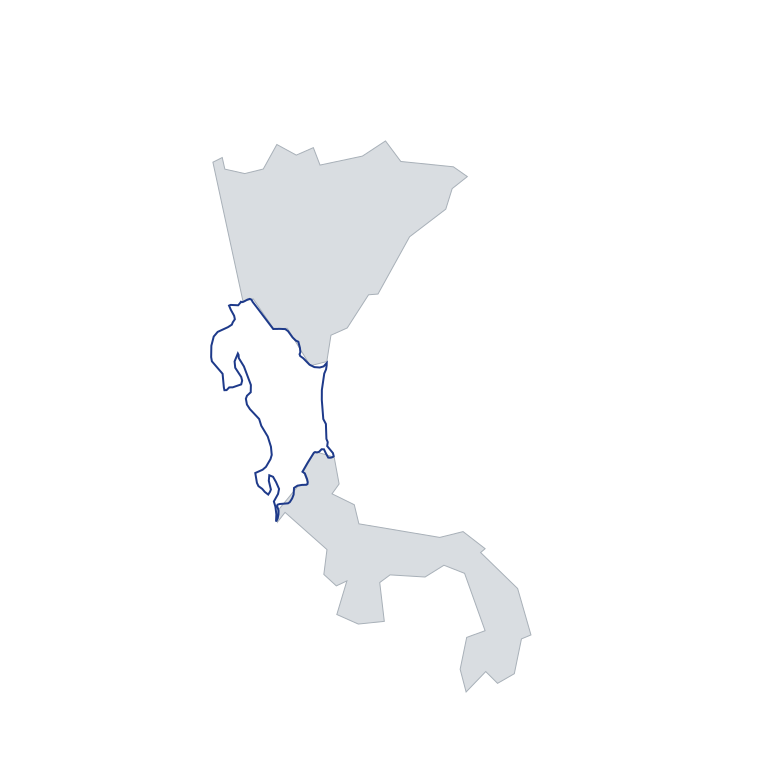 map of Costa Rica with Panama and Nicaragua greyed out, rotated 31°
{"feature_id": "CRI", "entity_name": "Costa Rica", "entity_type": "country or territory", "adm_level": 0, "iso_a3": "CRI", "parent_name": "North America", "parent_adm1": "", "projection": "robinson", "projection_center": [-84.032, 9.63], "detail": "fine", "context": "with_neighbors", "style": "outline", "palette": "blue", "viewbox_px": 768, "rotation_deg": 31, "n_neighbors": 2, "source": "natural_earth", "source_scale": "50m", "svg_char_len": 2689}
<svg xmlns="http://www.w3.org/2000/svg" viewBox="0 0 768 768"><g transform="rotate(31 384 384)"><path d="M639.2,523.4L633.1,531.7L644.9,565.2L635.5,582.1L619.3,578.1L613.0,605.7L596.2,589.3L585.4,558.6L597.7,543.4L550.6,504.8L528.7,508.5L518.6,528.3L487.5,544.5L482.6,556.4L506.5,587.3L485.6,603.0L462.3,605.9L453.6,571.9L447.1,581.6L430.5,578.2L420.4,555.3L365.3,545.0L363.8,557.3L358.0,548.7L362.9,515.6L370.3,508.8L359.9,500.4L359.6,477.5L379.0,472.4L397.0,492.8L396.0,504.9L420.7,502.8L434.5,516.8L510.8,486.8L527.8,469.8L555.5,473.1L553.6,478.7L603.9,490.5L639.2,523.4Z" fill="#d9dde1" stroke="#a8b0b8" stroke-width="1"/><path d="M323.4,394.2L311.4,406.3L272.5,386.0L261.0,393.5L228.1,378.4L220.5,385.7L123.1,282.0L128.7,273.2L136.9,281.8L156.2,275.4L169.8,261.9L168.8,233.9L190.9,233.0L201.7,217.8L216.4,229.3L248.1,199.8L260.1,174.9L283.8,184.6L331.6,162.1L348.6,163.3L341.8,181.4L346.9,202.3L330.1,244.6L332.5,310.0L324.8,315.5L323.6,354.9L313.4,369.5L323.4,394.2Z" fill="#d9dde1" stroke="#a8b0b8" stroke-width="1"/><path d="M378.1,471.8L377.8,472.8L377.0,473.9L375.7,475.0L374.1,475.8L370.1,473.5L366.2,470.9L364.1,472.1L363.3,475.5L361.8,477.2L360.0,477.9L359.3,479.0L359.1,490.4L359.3,501.2L362.2,501.4L367.1,505.2L369.2,507.4L369.9,509.4L369.3,510.4L365.7,512.7L362.2,515.7L360.4,519.4L363.5,525.4L364.2,529.4L364.1,533.7L363.2,535.7L356.4,540.6L354.9,542.3L355.1,543.5L358.9,546.9L360.7,550.2L362.1,554.1L362.3,557.5L358.9,551.2L354.2,545.2L350.1,541.4L349.8,532.8L348.1,528.0L342.0,523.7L336.7,520.7L332.7,521.3L335.1,526.3L341.4,532.7L341.8,535.1L341.7,538.4L337.4,537.9L333.6,536.6L329.0,536.2L326.0,534.2L319.5,526.6L324.1,520.0L325.5,515.8L325.4,506.9L324.3,502.6L319.4,496.0L311.4,488.9L300.3,483.0L295.0,478.3L282.0,474.6L277.1,472.2L273.2,467.8L272.6,464.6L274.0,459.7L270.4,453.4L254.9,441.1L246.2,436.6L244.3,433.9L243.0,433.1L244.3,441.6L248.1,446.7L258.0,451.5L260.7,454.2L261.8,457.9L256.0,464.8L253.1,466.6L252.2,470.3L250.4,471.5L248.4,469.3L240.4,458.4L224.8,453.2L222.0,450.0L216.3,440.1L213.6,431.0L214.6,425.0L221.0,415.6L223.0,411.5L222.6,409.0L222.8,405.3L220.4,402.7L214.5,399.3L210.8,396.6L211.8,395.2L218.5,391.6L219.0,388.3L219.0,387.2L220.1,387.0L221.0,386.1L221.6,385.2L223.5,382.0L225.1,380.2L227.0,380.0L229.2,381.3L237.8,384.7L247.2,388.5L260.7,393.9L266.3,390.4L271.1,387.8L274.5,388.1L281.7,391.2L286.1,392.2L288.8,391.9L293.4,396.4L295.9,399.8L296.3,402.0L297.8,403.2L301.4,403.5L310.2,405.8L315.6,405.4L320.5,402.9L323.2,400.0L324.1,395.5L325.3,397.7L326.8,401.3L327.4,405.8L333.8,421.1L338.9,429.7L350.0,445.3L354.8,448.2L362.9,460.7L365.7,462.8L367.3,466.5L375.8,469.5L378.1,471.8Z" fill="none" stroke="#1e3a8a" stroke-width="2"/></g></svg>